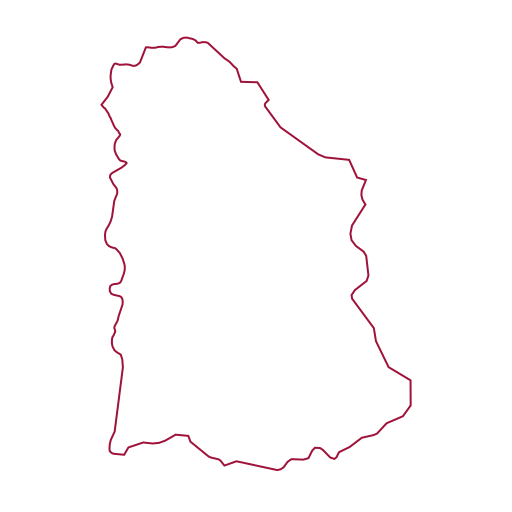 Jaén, Mercator projection, rotated 275°
{"feature_id": "ESP-5826", "entity_name": "Jaén", "entity_type": "Autonomous Community", "adm_level": 1, "iso_a3": "ESP", "parent_name": "Spain", "parent_adm1": "", "projection": "mercator", "projection_center": [-3.264, 37.956], "detail": "fine", "context": "isolated", "style": "outline", "palette": "rose", "viewbox_px": 512, "rotation_deg": 275, "n_neighbors": 0, "source": "natural_earth", "source_scale": "10m", "svg_char_len": 2768}
<svg xmlns="http://www.w3.org/2000/svg" viewBox="0 0 512 512"><g transform="rotate(275 256 256)"><path d="M440.8,220.5L428.2,225.9L429.2,242.2L412.6,255.0L409.1,252.1L407.9,251.6L406.1,251.8L386.3,269.2L362.7,309.1L360.3,316.6L359.9,340.4L343.0,349.9L341.3,358.9L330.4,355.6L325.8,355.7L321.4,357.2L316.8,360.5L294.8,349.0L286.5,348.1L280.1,349.8L274.7,354.7L269.7,362.9L265.6,365.8L246.4,369.7L240.8,368.4L230.7,357.5L225.4,354.6L221.8,355.5L194.4,379.7L181.7,382.9L156.8,397.8L145.6,420.8L120.6,423.1L109.2,416.3L100.8,400.7L89.6,392.0L87.8,388.6L84.2,377.3L73.8,365.8L67.8,355.8L62.5,353.7L60.7,351.8L61.7,347.6L68.6,339.6L70.3,336.5L70.1,331.4L66.9,328.9L59.2,325.9L57.3,321.0L56.7,309.0L53.7,305.4L48.0,302.0L45.7,299.2L44.6,295.8L49.8,254.4L44.5,242.8L49.2,238.3L50.2,236.4L51.3,228.7L52.2,226.2L65.3,206.9L70.9,204.2L71.0,191.5L64.1,181.6L61.4,175.7L60.2,169.4L60.4,159.9L54.3,145.9L53.8,145.4L46.5,142.0L46.6,131.2L47.3,129.2L48.9,127.3L50.9,126.9L55.7,126.7L60.2,127.4L68.8,130.5L133.6,133.1L141.3,131.8L145.9,129.9L148.2,125.4L149.7,123.3L153.3,121.0L156.3,120.1L159.9,119.8L162.5,120.0L164.6,121.1L168.5,122.4L170.4,121.8L172.0,121.1L173.8,121.3L179.6,123.8L184.2,124.4L196.1,127.3L199.0,127.2L201.5,126.6L203.2,125.5L204.1,123.7L205.0,117.3L205.9,115.0L208.3,113.4L211.2,113.1L213.4,113.5L214.8,115.0L215.6,116.8L215.9,118.9L216.5,120.9L217.4,122.7L219.1,123.8L226.6,125.8L230.4,126.4L233.2,126.3L235.9,125.8L241.9,123.3L247.2,120.0L250.5,116.5L251.6,114.7L251.8,112.6L252.3,110.6L253.2,108.4L255.0,106.4L258.6,104.5L263.9,103.7L267.4,103.9L270.1,104.8L274.1,106.8L278.3,108.3L282.7,109.2L298.5,110.0L306.2,112.3L309.4,112.0L311.6,111.0L315.1,107.7L321.6,103.6L323.7,103.7L325.4,104.7L326.9,106.5L332.2,114.2L335.4,117.7L337.3,119.0L338.2,118.1L338.6,116.5L339.2,112.6L340.5,111.1L345.2,107.7L348.8,106.0L351.6,105.6L355.0,105.5L357.3,106.0L359.7,106.8L361.5,108.2L364.0,109.8L365.1,110.1L365.9,109.7L366.4,109.1L367.0,108.6L368.3,108.0L368.7,107.6L369.1,107.1L369.6,106.3L371.5,104.4L372.9,103.4L379.4,99.8L380.6,99.3L381.5,98.6L381.6,98.4L385.2,96.5L390.0,92.6L390.5,91.5L393.2,88.9L401.7,94.4L411.6,98.5L416.0,96.7L419.0,95.9L422.8,95.4L429.1,95.7L432.9,97.1L434.8,98.0L435.2,98.4L435.3,98.6L435.4,99.0L435.4,99.9L434.6,103.4L435.1,107.4L435.6,109.4L435.5,113.6L434.9,115.7L434.7,117.7L435.3,119.7L436.2,121.1L438.6,123.5L454.2,128.1L454.5,129.7L454.3,133.9L454.5,136.1L454.9,138.3L455.7,140.2L456.4,144.6L456.2,149.2L456.3,151.8L456.7,154.4L458.2,157.3L465.3,161.8L467.0,164.7L467.4,166.8L467.5,168.8L467.1,170.6L466.9,172.8L466.5,174.6L465.9,176.2L465.0,177.6L464.0,178.5L463.3,179.4L463.4,180.9L464.4,184.4L464.6,187.0L464.2,189.3L450.1,207.5L448.0,211.4L446.6,213.4L443.4,216.9L440.8,220.5Z" fill="none" stroke="#9f1239" stroke-width="2"/></g></svg>